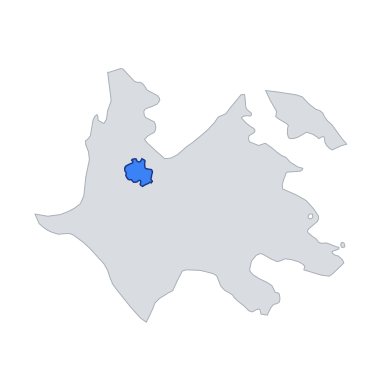 Saatly District, Saatlı, Azerbaijan shown in context, rotated 175°
{"feature_id": "54616110B939777630101", "entity_name": "Saatly District", "entity_type": "district", "adm_level": 2, "iso_a3": "AZE", "parent_name": "Azerbaijan", "parent_adm1": "Saatlı", "projection": "mercator", "projection_center": [48.463, 39.842], "detail": "fine", "context": "in_parent", "style": "filled", "palette": "blue", "viewbox_px": 384, "rotation_deg": 175, "n_neighbors": 0, "source": "geoboundaries", "source_scale": "gbopen_adm2", "svg_char_len": 4925}
<svg xmlns="http://www.w3.org/2000/svg" viewBox="0 0 384 384"><g transform="rotate(175 192 192)"><path d="M265.6,318.6L264.0,318.5L252.4,321.2L250.0,320.4L240.1,307.7L238.0,306.3L233.8,305.7L231.3,303.6L229.2,300.2L228.1,297.7L217.8,290.8L216.3,288.3L216.1,286.1L217.6,284.1L219.3,282.4L224.3,280.7L230.2,279.2L232.0,278.1L233.0,276.3L232.9,273.4L232.0,270.4L223.6,265.2L222.7,262.9L222.4,260.1L222.9,257.2L224.2,254.9L231.0,251.8L234.7,248.5L232.4,244.9L225.0,236.7L216.3,227.6L210.4,227.6L203.6,230.2L192.8,238.0L186.9,241.3L179.1,246.7L170.6,252.8L163.6,259.2L159.3,264.5L151.6,266.9L147.7,271.3L134.7,284.6L131.1,284.5L130.9,277.9L131.1,272.6L130.3,269.6L126.1,265.5L126.0,263.7L127.1,262.6L130.4,263.2L134.5,263.0L136.4,261.4L132.0,255.9L128.1,252.2L124.8,249.8L124.0,248.3L124.0,247.2L124.7,246.0L130.4,243.0L131.0,240.2L130.6,237.1L121.6,232.5L114.8,234.2L108.7,229.1L104.8,225.1L100.0,220.8L95.6,218.5L91.5,213.1L84.2,207.6L79.6,206.0L79.7,205.2L80.5,204.2L82.5,203.3L95.3,203.5L96.9,202.5L97.7,200.2L99.5,196.6L101.5,191.4L101.4,187.1L88.4,180.0L79.0,173.5L72.5,164.9L68.1,157.0L68.2,154.4L69.5,151.9L79.6,144.6L80.3,142.7L80.0,141.4L76.4,137.7L71.9,133.9L70.5,131.1L67.7,129.6L62.3,129.5L52.8,124.8L50.8,124.3L50.3,123.4L50.8,122.4L57.6,120.5L57.5,118.9L55.4,116.8L51.6,115.3L48.1,111.5L46.9,108.1L59.1,98.2L62.7,96.2L70.7,98.0L87.3,104.6L86.2,108.3L87.8,110.3L91.6,113.1L99.0,116.0L105.1,117.4L108.3,116.2L113.0,115.1L119.2,118.4L124.9,122.5L127.7,124.2L129.3,124.7L133.6,123.3L138.8,118.0L140.8,111.6L141.4,108.4L138.4,104.2L132.1,99.5L125.1,95.4L120.6,91.8L117.8,84.7L114.9,83.9L114.1,82.9L113.7,80.5L113.8,77.1L114.8,74.5L117.6,73.3L120.5,72.9L123.1,70.4L126.3,65.5L127.7,62.8L133.8,64.3L134.6,68.7L135.7,69.7L138.2,69.1L142.4,67.3L145.7,68.7L150.1,74.0L156.0,79.5L159.2,83.2L160.5,85.8L163.5,88.2L168.0,91.2L171.5,95.7L174.7,106.3L177.9,108.8L189.4,112.8L193.4,113.6L204.7,115.0L208.6,114.0L214.4,104.9L219.7,95.5L224.5,93.5L233.3,89.0L238.6,84.7L240.8,80.0L245.8,71.2L248.9,66.3L254.1,70.7L263.1,82.6L275.9,101.9L279.1,107.3L281.1,113.6L282.9,121.3L285.9,128.0L298.9,145.0L304.5,151.2L313.7,159.3L316.9,161.1L321.2,161.6L329.1,161.6L336.3,164.7L339.9,167.0L343.6,170.2L347.0,173.8L350.3,183.7L337.7,180.4L325.0,181.0L317.8,183.1L310.9,185.9L304.2,190.0L300.0,197.9L296.5,216.2L291.4,233.2L291.6,241.1L293.8,248.6L293.6,252.2L291.2,253.7L288.3,256.9L284.3,272.4L282.4,275.5L279.9,277.4L279.2,275.6L279.3,271.5L273.8,267.9L270.9,271.9L268.9,280.4L264.8,289.4L264.6,291.1L265.6,318.6ZM78.0,158.7L78.6,156.2L77.0,155.1L75.3,155.0L73.9,156.3L73.9,159.4L75.9,159.9L78.0,158.7ZM36.5,230.1L34.6,227.6L33.7,226.2L39.3,225.1L48.6,221.7L51.1,223.3L53.9,226.7L55.2,229.7L55.5,235.1L56.6,236.0L61.1,234.1L63.1,236.3L66.6,239.0L72.6,241.6L81.4,237.5L85.7,236.5L89.3,236.5L91.2,237.8L91.9,242.0L91.2,247.2L90.2,250.0L92.0,252.1L99.1,257.1L102.1,259.9L100.6,264.7L106.0,276.4L107.7,281.0L109.8,286.6L98.9,284.4L79.3,279.6L73.9,277.2L68.8,270.7L65.8,267.5L61.3,263.5L57.6,262.0L54.8,259.1L53.2,254.9L50.9,251.2L46.8,246.8L37.7,231.7L36.5,230.1ZM48.1,127.9L46.9,128.8L45.1,127.9L44.5,126.0L44.6,124.0L46.5,123.6L48.0,124.1L48.4,125.9L48.1,127.9Z" fill="#d9dde1" stroke="#a8b0b8" stroke-width="1"/><path d="M231.9,204.7L231.5,205.2L231.1,205.6L230.6,205.8L230.7,206.6L231.3,207.2L231.6,207.9L231.7,208.3L231.7,209.1L231.4,209.8L231.1,210.5L231.1,211.1L230.9,211.6L230.8,212.4L230.5,213.2L230.2,213.6L229.9,214.5L229.7,215.2L229.8,216.6L230.2,217.3L230.8,218.0L231.3,218.1L232.3,218.2L233.2,218.5L234.2,218.9L235.5,219.1L236.0,219.5L236.7,220.3L236.7,221.1L236.8,222.5L236.7,223.7L236.7,224.8L236.4,225.7L236.3,226.4L236.1,227.1L236.6,227.9L237.3,228.4L237.9,228.8L238.6,229.1L239.0,229.5L239.1,229.4L239.3,228.7L239.6,228.4L240.0,228.1L240.3,227.6L240.6,227.2L240.9,226.8L241.7,226.6L242.3,226.6L242.8,226.8L243.3,227.0L243.8,227.4L244.3,227.9L244.5,228.2L244.5,228.8L244.6,229.3L244.8,229.7L245.2,229.9L245.8,230.0L246.6,230.0L247.5,230.0L248.3,229.8L249.3,229.2L249.4,228.7L248.7,228.2L248.2,227.8L248.2,227.0L248.5,226.4L249.1,225.9L250.2,225.8L251.1,225.4L252.1,225.1L252.5,224.9L253.1,224.8L253.6,224.4L254.3,224.2L255.2,223.8L255.8,223.4L256.3,222.9L256.3,222.3L256.9,221.8L257.0,220.9L257.0,219.6L256.9,218.8L256.5,217.9L256.0,217.2L255.8,216.3L256.1,215.5L256.5,214.6L256.1,213.1L255.8,212.5L255.6,211.9L255.2,211.4L254.9,210.7L254.3,210.1L253.7,209.8L252.9,209.6L251.9,209.6L251.2,209.4L250.8,208.7L250.4,208.1L249.7,207.3L249.4,206.9L248.0,206.7L247.5,206.7L246.7,206.8L246.0,206.8L245.5,207.1L245.0,207.5L244.6,207.8L243.7,208.2L243.1,208.0L242.5,208.0L242.3,207.4L242.1,206.9L242.3,205.9L242.5,205.3L242.9,204.8L243.0,204.4L242.9,203.8L242.5,203.4L242.3,203.0L241.8,202.6L241.1,202.3L240.8,201.9L240.6,201.9L239.6,202.5L239.1,202.7L238.4,203.1L237.4,203.5L236.9,203.6L235.8,204.0L234.9,204.3L233.8,204.9L233.1,205.3L232.5,205.3L232.0,204.9L231.9,204.7Z" fill="#3b82f6" stroke="#1e3a8a" stroke-width="1.5"/></g></svg>